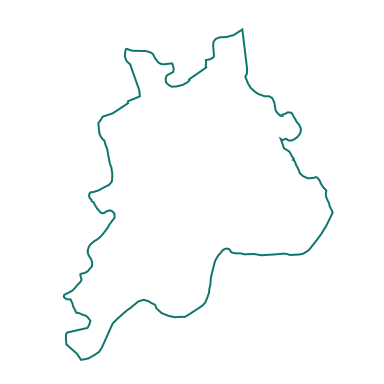 outline of Shubra Khît, Al Buhayrah, Egypt, rotated 85°
{"feature_id": "37247803B97013363059523", "entity_name": "Shubra Khît", "entity_type": "district", "adm_level": 2, "iso_a3": "EGY", "parent_name": "Egypt", "parent_adm1": "Al Buhayrah", "projection": "mercator", "projection_center": [30.677, 31.003], "detail": "fine", "context": "isolated", "style": "outline", "palette": "teal", "viewbox_px": 384, "rotation_deg": 85, "n_neighbors": 0, "source": "geoboundaries", "source_scale": "gbopen_adm2", "svg_char_len": 5814}
<svg xmlns="http://www.w3.org/2000/svg" viewBox="0 0 384 384"><g transform="rotate(85 192 192)"><path d="M34.5,127.7L35.5,129.6L39.4,136.9L39.9,140.4L40.6,144.1L40.4,149.7L40.4,150.8L40.5,151.7L41.2,153.8L41.6,155.0L43.1,156.5L44.2,157.4L45.9,157.8L48.0,158.2L49.8,158.2L51.9,158.2L53.6,158.2L55.9,158.2L57.1,158.2L58.2,158.2L58.7,158.4L59.3,158.8L59.9,159.1L60.2,159.8L60.9,161.5L61.4,162.7L61.5,163.7L61.6,164.5L61.7,165.9L61.8,166.7L64.8,166.7L67.1,167.3L69.1,166.9L69.4,167.4L76.0,178.8L79.5,185.0L80.5,184.8L82.1,186.6L83.2,188.9L84.4,191.6L84.9,194.7L85.2,196.2L85.5,198.5L85.4,201.2L85.4,202.9L83.9,205.2L83.2,206.1L82.6,206.6L80.8,208.2L77.5,208.5L76.5,208.1L75.6,207.8L74.2,207.3L73.3,206.1L72.7,204.8L71.4,201.6L71.0,200.6L69.5,199.8L67.3,199.5L65.1,199.9L62.3,200.4L62.1,202.2L62.3,205.1L62.3,209.4L61.6,212.0L60.0,214.3L56.2,216.8L51.3,218.9L50.1,220.1L48.8,222.3L47.4,226.4L47.3,228.1L47.0,230.9L46.2,238.6L45.2,241.5L43.7,244.3L43.9,245.3L45.2,245.8L45.8,246.1L48.4,246.6L50.8,247.0L52.9,246.7L54.4,246.2L56.3,245.5L57.0,244.8L59.4,242.5L85.9,235.7L92.2,235.6L96.0,247.8L97.4,248.2L98.0,248.0L106.7,264.1L109.2,274.5L112.3,276.6L112.5,277.0L114.1,278.2L115.5,279.4L116.4,279.3L120.9,279.2L121.7,279.2L124.4,279.2L126.9,278.8L129.4,277.8L131.2,276.6L132.5,275.6L133.0,274.9L133.9,274.7L134.4,274.6L137.6,274.0L139.2,273.5L141.3,272.9L143.1,272.7L155.3,271.5L156.2,271.4L157.1,271.2L158.5,270.8L160.2,270.2L161.8,270.1L166.0,269.9L166.7,269.8L171.2,270.3L174.7,271.0L175.7,272.0L177.6,273.9L179.5,278.7L180.1,280.1L182.1,284.5L182.7,287.0L182.9,288.0L183.5,290.2L183.4,292.7L184.4,294.2L185.2,294.4L186.4,295.0L189.0,294.4L191.0,292.9L192.5,292.7L193.6,291.0L195.2,290.4L196.9,289.6L199.6,288.3L200.3,287.9L202.7,286.1L204.3,285.0L205.3,283.4L205.3,281.6L204.7,280.5L204.0,279.1L203.5,277.3L203.0,275.6L203.9,274.0L204.3,273.1L205.6,272.1L206.6,271.2L209.5,271.3L211.0,271.4L213.9,274.2L215.2,275.3L217.2,277.1L220.6,279.4L221.8,280.5L223.1,281.7L225.0,283.4L227.5,285.8L229.6,288.3L230.8,290.3L231.1,290.8L232.4,293.5L234.2,296.1L236.0,298.4L237.7,299.5L238.1,299.8L240.6,300.7L241.5,301.1L244.3,301.0L246.0,300.4L246.5,300.2L247.7,299.7L249.9,298.4L253.5,297.6L257.3,298.1L258.5,299.4L260.7,301.6L261.9,302.8L262.6,304.3L262.7,304.8L263.4,306.2L263.6,308.6L264.1,310.3L265.2,310.5L269.7,309.7L270.9,310.3L271.3,310.7L272.5,311.7L274.0,313.7L274.6,314.2L275.5,315.1L278.0,317.6L279.8,319.8L280.7,321.8L281.6,323.8L283.2,328.2L285.4,328.9L286.1,328.3L286.5,328.0L286.9,327.4L287.6,326.4L287.9,325.9L288.2,324.0L288.3,323.2L288.5,322.4L288.9,322.2L291.1,321.4L291.8,321.1L292.5,320.9L293.1,320.7L295.1,320.5L297.1,319.8L297.6,319.6L299.3,318.8L302.2,317.8L302.3,317.2L302.4,316.4L302.8,315.4L303.1,314.5L304.6,312.0L306.0,308.6L307.7,306.8L309.2,305.9L311.4,304.5L312.1,304.7L315.6,306.1L317.3,307.3L318.1,307.8L318.4,308.3L318.5,309.5L320.6,324.7L320.8,326.4L321.2,328.8L323.0,329.9L324.4,330.1L327.2,330.4L332.9,330.4L334.3,329.0L335.0,328.4L343.3,320.5L345.2,319.6L346.3,318.9L349.5,317.2L349.4,315.1L348.8,309.8L346.7,305.1L345.9,303.4L343.2,298.5L341.5,297.2L339.9,295.9L338.7,295.1L336.2,293.7L334.1,292.5L323.8,286.8L316.1,282.5L311.3,276.8L310.0,275.0L307.5,271.7L303.7,266.3L302.2,263.3L300.7,261.4L300.0,260.3L298.6,258.3L296.3,254.9L295.9,252.8L295.7,251.9L295.5,251.1L295.2,249.4L296.1,247.4L296.7,245.2L299.2,242.0L300.9,238.9L302.7,238.1L304.8,237.6L307.4,235.2L309.9,232.9L311.7,229.4L313.4,226.1L314.4,222.7L315.3,219.6L315.4,213.9L315.8,210.2L314.9,207.9L313.3,204.8L311.8,202.1L310.6,199.8L308.4,195.7L307.6,194.2L305.9,191.3L305.3,190.6L303.7,188.9L303.3,188.5L300.5,186.9L299.3,186.3L296.5,185.1L294.6,184.1L293.6,183.7L290.5,183.3L286.3,181.9L285.4,181.7L284.7,181.6L282.4,181.2L281.5,181.1L279.5,180.7L278.2,180.4L277.0,180.0L274.7,179.2L273.4,178.8L272.2,178.4L267.4,176.7L266.8,176.5L264.9,175.8L262.3,174.8L259.7,173.0L257.3,171.2L255.7,169.4L252.3,166.0L251.7,164.3L251.4,163.0L251.3,162.4L251.6,161.7L252.4,159.7L253.5,159.1L254.8,158.5L255.8,157.5L257.0,153.7L257.2,149.4L258.7,145.1L258.8,141.2L259.3,135.1L261.1,128.3L261.2,121.8L261.3,118.5L261.4,115.2L261.4,106.1L261.9,103.2L263.1,100.4L263.4,97.5L263.5,94.0L263.6,90.1L263.2,86.7L260.9,82.2L259.5,80.0L256.6,77.4L254.8,75.7L250.7,71.8L245.1,66.9L242.6,65.1L237.3,61.1L231.4,57.6L225.1,53.8L224.8,53.6L224.3,53.8L221.8,54.6L220.4,55.2L218.6,56.0L216.1,56.3L214.7,56.6L214.1,56.8L213.3,57.2L211.9,57.7L210.9,58.0L208.8,58.8L207.0,58.8L205.2,58.8L202.2,58.1L198.9,60.7L196.6,62.0L194.7,63.0L193.2,63.3L191.5,64.0L190.5,64.5L188.4,66.2L188.0,67.2L188.5,69.8L188.5,73.1L188.5,75.3L187.9,76.5L187.0,78.0L186.1,79.7L184.4,81.4L182.9,82.8L181.5,83.2L178.2,84.2L176.4,84.9L175.8,85.2L175.1,85.6L174.4,85.9L173.5,86.1L172.5,86.3L171.7,86.6L170.9,86.9L169.4,87.5L168.8,88.6L167.8,87.7L166.5,88.5L165.9,88.9L164.6,89.6L164.0,89.8L163.1,90.1L162.5,90.3L161.8,90.8L160.2,91.5L159.8,92.0L159.3,92.7L156.4,96.6L150.4,98.0L146.9,99.0L148.2,97.2L148.0,96.7L147.5,95.0L147.1,94.0L147.3,93.5L147.8,92.9L148.5,92.1L149.1,91.4L149.2,90.9L149.2,90.0L149.3,89.1L149.2,87.3L148.2,85.2L147.7,84.3L146.4,82.2L146.0,81.8L144.3,80.2L143.6,79.6L142.6,79.1L141.8,78.6L140.3,78.3L138.3,78.1L136.6,78.6L135.9,79.0L135.1,79.1L134.3,79.3L133.8,79.8L132.8,80.5L131.8,81.4L130.8,81.8L129.9,82.2L128.9,82.6L127.6,83.2L126.5,83.8L125.4,84.3L124.3,84.8L123.6,85.1L122.7,85.6L121.6,86.3L121.4,86.8L121.4,87.6L121.0,89.6L121.1,90.1L122.2,92.1L122.3,93.0L122.7,94.4L122.8,95.0L123.2,95.9L124.0,95.5L123.7,97.4L123.1,98.0L121.1,99.9L119.5,100.8L118.0,101.6L109.9,102.2L105.3,104.0L103.3,107.0L103.0,111.3L100.2,117.3L98.0,120.1L93.5,124.4L88.2,127.0L87.7,127.1L86.7,127.4L84.7,127.9L82.8,128.7L81.3,128.7L79.9,127.5L79.0,127.2L78.1,126.8L77.2,126.7L76.1,126.6L75.4,126.5L74.7,126.4L73.9,126.4L34.5,127.7Z" fill="none" stroke="#0f766e" stroke-width="2"/></g></svg>